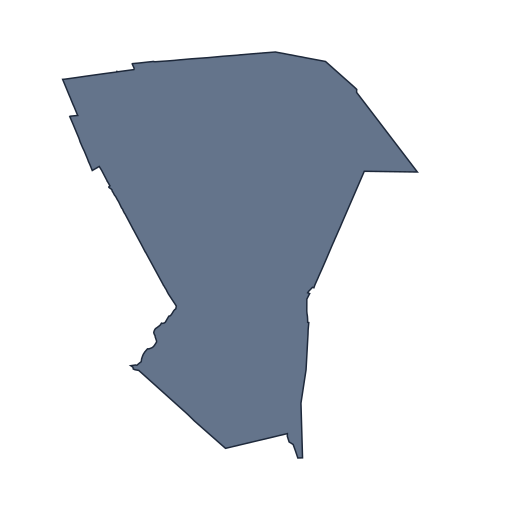 outline of El Carmen, Nuevo León, Mexico, rotated 173°
{"feature_id": "50627088B1236643819517", "entity_name": "El Carmen", "entity_type": "district", "adm_level": 2, "iso_a3": "MEX", "parent_name": "Mexico", "parent_adm1": "Nuevo León", "projection": "mercator", "projection_center": [-100.342, 25.914], "detail": "fine", "context": "isolated", "style": "filled", "palette": "slate", "viewbox_px": 512, "rotation_deg": 173, "n_neighbors": 0, "source": "geoboundaries", "source_scale": "gbopen_adm2", "svg_char_len": 3544}
<svg xmlns="http://www.w3.org/2000/svg" viewBox="0 0 512 512"><g transform="rotate(173 256 256)"><path d="M234.4,50.0L229.3,104.5L220.2,136.9L213.9,172.1L213.3,176.1L211.7,183.5L212.8,183.8L212.5,186.6L212.4,187.9L212.3,190.0L212.4,192.8L212.3,195.2L210.8,207.0L207.3,212.2L209.2,213.2L208.2,214.4L206.2,216.0L203.8,218.0L202.4,217.4L202.1,218.0L202.0,218.3L201.0,220.2L201.0,220.3L200.9,220.4L196.8,227.2L196.7,227.4L196.6,227.6L196.5,227.8L192.2,234.9L186.6,244.4L179.1,257.4L177.3,260.4L176.9,261.0L175.5,263.5L174.3,265.4L171.6,270.0L171.3,270.5L171.2,270.7L170.9,271.2L170.7,271.5L168.7,274.8L167.0,277.8L138.2,326.9L85.6,319.7L123.8,385.0L134.9,403.9L136.2,406.1L135.8,408.8L135.7,408.9L135.8,409.2L138.7,412.7L138.9,412.9L139.1,413.1L163.3,440.6L170.8,443.0L174.3,444.1L182.8,446.8L184.6,447.4L185.1,447.6L186.0,447.9L189.7,449.0L196.6,451.3L197.1,451.4L202.1,453.0L203.5,453.5L203.8,453.6L205.2,454.0L206.1,454.3L207.4,454.7L209.4,455.3L211.8,456.1L224.6,456.7L226.0,456.7L227.2,456.8L228.4,456.8L229.6,456.9L230.7,456.9L231.9,457.0L233.0,457.0L234.1,457.1L235.3,457.1L236.4,457.2L237.4,457.2L240.1,457.3L245.4,457.5L245.8,457.5L246.5,457.6L249.1,457.6L249.9,457.6L250.0,457.6L264.4,458.3L275.5,458.6L279.2,458.7L296.1,459.6L305.4,459.9L307.7,460.0L313.1,460.1L320.0,460.4L325.3,460.7L332.6,461.1L333.4,461.3L333.6,461.3L333.7,461.5L334.1,461.6L334.6,461.7L335.0,461.6L339.5,461.7L348.8,461.8L354.8,462.0L355.1,462.0L355.4,461.9L355.4,461.6L355.4,461.4L354.2,457.7L354.1,457.3L354.2,456.7L354.3,456.3L354.5,455.9L371.4,455.7L371.6,456.2L372.3,455.6L374.5,455.6L384.7,455.5L403.5,455.2L412.1,455.0L418.5,454.9L424.5,454.8L426.4,454.9L423.4,444.1L423.0,442.6L422.6,441.2L422.2,439.7L421.8,438.3L421.4,436.9L420.9,435.3L420.5,433.6L419.0,428.2L418.5,426.8L418.1,425.3L417.7,423.9L417.3,422.4L416.9,421.0L416.5,419.5L416.1,418.1L415.8,417.2L418.7,417.3L423.2,417.4L423.1,416.9L423.8,416.9L421.6,409.4L418.6,398.7L417.6,395.2L417.2,393.6L416.7,390.8L414.8,384.4L413.7,381.2L411.5,373.3L410.9,370.9L410.9,370.6L409.8,367.2L408.1,360.8L400.7,364.0L398.8,359.9L396.6,354.0L394.6,348.7L394.6,348.4L394.6,348.2L394.3,347.9L393.2,345.3L392.4,343.4L393.5,342.7L393.7,342.4L393.6,342.0L393.3,341.7L391.4,339.9L391.1,339.5L390.9,339.1L390.9,338.4L390.7,337.7L390.0,336.3L389.1,333.8L388.1,332.2L387.4,330.5L386.9,329.1L385.7,326.5L383.9,321.1L383.7,320.4L383.4,319.8L383.2,319.6L382.6,318.4L382.5,318.2L382.5,317.8L382.3,317.1L381.3,314.4L380.9,313.8L380.7,313.3L375.2,298.9L375.0,298.0L374.7,297.7L372.7,292.5L368.3,281.2L365.4,273.4L365.2,273.3L351.6,238.8L351.6,238.5L350.8,237.1L350.6,236.6L350.3,235.8L349.6,234.3L349.1,233.4L349.0,232.7L347.6,229.0L341.2,216.1L342.0,213.4L342.5,213.0L343.1,212.8L344.4,211.6L346.7,208.7L348.0,207.4L348.5,207.1L348.9,207.0L349.2,207.0L349.4,207.0L349.7,207.0L350.1,206.6L354.1,201.3L355.2,200.7L356.1,200.6L356.7,200.5L357.3,200.6L358.0,200.9L359.4,199.2L360.6,198.4L363.0,197.0L364.6,196.2L365.4,195.3L366.1,194.2L366.7,192.9L366.8,192.4L366.7,191.6L366.3,190.0L366.1,189.8L365.9,189.4L365.9,189.1L365.9,187.9L365.1,184.0L365.1,183.5L365.2,182.7L367.6,179.8L368.8,178.6L370.5,177.6L371.8,177.3L373.0,177.0L374.0,176.9L374.7,177.1L375.1,177.0L378.0,174.4L378.9,173.3L379.9,172.1L380.8,170.5L382.1,167.8L382.8,165.1L385.6,163.4L387.5,162.1L387.8,162.1L388.8,162.5L393.7,162.4L391.7,160.6L391.6,159.4L391.6,158.8L390.1,157.9L386.3,156.7L342.9,106.9L337.2,99.7L309.7,68.8L246.5,75.9L246.9,73.2L245.8,67.4L242.1,64.4L240.6,57.8L239.1,50.4L234.4,50.0Z" fill="#64748b" stroke="#1e293b" stroke-width="1.5"/></g></svg>